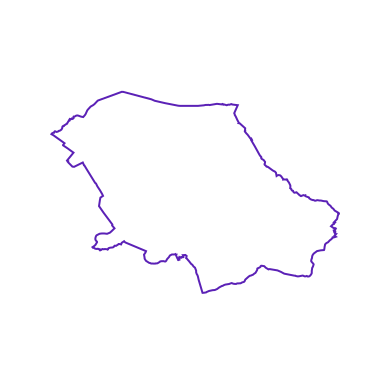 Albeni, Gorj, Romania (Equal Earth projection), rotated 14°
{"feature_id": "2599482B6385563312435", "entity_name": "Albeni", "entity_type": "district", "adm_level": 2, "iso_a3": "ROU", "parent_name": "Romania", "parent_adm1": "Gorj", "projection": "equal_earth", "projection_center": [23.622, 45.016], "detail": "fine", "context": "isolated", "style": "outline", "palette": "violet", "viewbox_px": 384, "rotation_deg": 14, "n_neighbors": 0, "source": "geoboundaries", "source_scale": "gbopen_adm2", "svg_char_len": 5993}
<svg xmlns="http://www.w3.org/2000/svg" viewBox="0 0 384 384"><g transform="rotate(14 192 192)"><path d="M325.8,245.7L326.5,245.1L327.3,243.7L327.8,242.1L327.6,240.7L327.3,239.7L327.0,236.6L327.4,235.0L327.5,233.4L327.5,232.7L327.1,232.3L324.8,230.7L324.3,230.1L324.2,228.4L324.4,227.0L324.2,225.7L324.2,224.5L324.4,223.8L325.0,222.3L327.6,219.1L330.9,217.5L334.1,216.4L334.2,216.0L334.2,215.4L333.9,212.7L333.9,211.7L333.8,210.9L333.9,210.4L334.8,209.0L336.1,207.9L337.5,205.4L338.3,204.5L339.2,203.1L339.4,202.0L340.1,202.0L340.3,201.7L340.6,201.7L341.2,201.4L342.4,200.6L340.9,200.0L341.1,199.7L341.1,199.2L341.5,198.8L341.9,198.0L341.2,198.1L341.1,197.8L340.5,197.3L340.9,197.0L340.8,196.7L339.6,196.2L339.5,195.9L339.1,195.5L339.0,195.3L339.6,195.2L339.2,194.9L339.8,194.5L339.4,193.6L340.2,193.5L340.2,193.4L340.1,193.1L340.3,192.6L340.0,192.5L339.6,192.8L339.3,192.6L339.1,192.9L338.9,193.0L335.2,191.6L336.7,189.1L337.4,188.8L337.4,188.4L338.1,187.1L337.1,187.0L339.3,183.1L339.2,179.9L339.4,178.2L339.1,177.7L339.8,177.4L339.7,177.1L338.9,176.7L334.9,175.5L333.2,174.1L331.3,173.3L329.7,171.9L327.8,171.1L326.8,170.5L326.3,170.0L325.7,169.1L325.2,168.6L324.9,168.5L322.1,169.0L319.1,169.1L317.8,169.4L315.6,169.6L315.3,169.7L314.1,170.5L313.3,170.7L311.9,170.4L311.3,170.6L309.4,170.5L308.6,170.2L307.3,169.8L306.9,169.1L306.4,168.9L305.5,168.9L303.2,168.6L302.8,168.2L302.7,167.8L302.0,168.2L300.8,168.1L298.8,169.6L298.5,169.6L298.1,169.2L297.2,169.2L296.2,168.5L293.9,167.3L293.5,167.0L291.7,167.9L291.3,167.9L290.2,167.2L289.7,166.4L288.8,166.4L287.8,165.6L287.6,165.1L286.3,164.5L286.3,163.6L285.8,161.8L283.8,159.4L281.6,157.6L281.5,157.1L281.2,156.8L280.8,156.8L279.8,157.3L278.4,157.5L277.4,157.9L277.2,157.2L275.8,156.2L275.2,155.5L273.9,154.7L273.2,154.5L271.6,154.7L270.8,155.3L270.2,156.0L268.8,153.0L267.7,152.2L265.2,151.6L260.1,149.5L259.1,149.2L258.8,149.4L258.1,149.3L257.7,149.0L257.2,148.6L256.3,148.2L255.9,147.9L255.6,147.4L255.8,146.2L255.6,145.1L253.7,143.6L251.9,143.1L251.2,142.7L250.8,142.0L250.9,141.5L250.3,140.9L249.6,140.6L248.5,139.6L241.9,132.5L237.1,127.6L237.7,127.1L237.2,126.5L236.4,125.7L235.9,126.1L231.9,122.8L230.7,122.1L228.6,120.5L228.5,120.1L228.8,119.7L228.5,119.4L228.2,117.3L221.6,113.8L220.6,113.9L220.7,113.6L220.6,113.4L218.6,111.2L216.2,108.2L214.8,106.8L214.7,106.3L213.9,105.3L215.4,96.7L209.7,97.4L209.4,97.2L208.8,97.2L207.4,98.2L206.0,98.5L204.7,99.4L202.4,99.3L201.6,99.6L201.4,99.3L200.9,99.3L200.6,99.4L200.3,99.2L199.8,99.5L199.8,99.8L194.9,100.4L188.0,103.4L187.2,103.4L184.0,104.3L182.6,105.0L176.9,107.0L159.6,111.3L157.8,111.6L144.5,112.3L133.8,112.5L130.2,111.9L100.9,111.5L99.6,111.8L79.2,125.6L78.4,126.2L76.1,130.3L75.0,131.7L73.1,133.5L72.5,134.5L70.9,137.5L70.6,138.3L69.9,142.2L69.4,143.5L68.3,145.6L66.1,145.7L63.2,145.4L62.0,145.5L60.8,146.2L60.3,146.8L59.4,147.5L58.9,147.5L58.8,148.0L59.2,148.8L58.7,149.2L58.8,149.6L58.2,150.1L57.6,149.9L57.5,150.3L56.9,150.6L56.3,151.4L56.2,151.2L56.0,150.6L55.8,150.6L55.3,152.1L55.6,152.6L55.1,152.9L54.7,154.1L54.6,154.7L54.3,155.2L54.3,155.7L54.3,155.9L53.7,156.3L53.2,157.0L51.7,158.5L51.7,159.0L50.7,159.4L50.6,159.6L50.8,159.8L50.5,160.5L50.6,161.8L50.1,163.2L49.8,163.5L48.8,164.6L48.0,164.9L47.4,165.7L46.6,166.2L46.0,166.5L45.3,166.4L44.6,166.2L44.2,166.3L43.9,166.8L43.8,167.9L43.0,168.1L41.8,169.2L41.6,169.9L43.6,170.4L56.5,175.5L55.5,177.7L55.6,177.9L60.3,179.6L67.5,182.5L63.2,191.6L64.3,192.0L64.0,192.6L64.6,192.9L64.7,193.2L69.8,196.3L71.5,196.1L78.9,189.8L79.3,190.3L80.5,191.9L80.7,192.2L81.1,192.2L84.0,195.1L95.8,206.6L96.8,207.0L98.8,209.4L102.3,212.6L105.3,215.7L106.6,217.3L104.5,219.6L104.6,222.1L105.2,228.2L111.1,233.4L122.6,242.8L122.6,243.8L125.6,246.0L123.5,249.4L122.2,251.3L119.7,253.1L116.6,253.5L114.1,254.2L112.4,254.9L109.9,257.1L109.5,258.2L109.4,259.7L109.6,261.1L110.3,262.2L111.8,263.2L112.0,263.7L111.1,266.7L110.0,268.3L108.8,269.6L109.5,270.1L110.5,269.9L111.6,270.4L112.9,270.4L114.1,270.0L114.4,269.8L114.8,270.0L115.4,269.9L116.5,269.9L116.4,270.6L116.5,270.7L116.9,270.9L118.1,270.0L118.4,269.4L118.9,269.0L120.3,268.9L121.3,268.4L123.6,268.1L124.1,268.3L124.4,267.9L124.4,267.1L124.8,266.6L125.9,265.9L128.6,264.9L129.4,264.1L129.6,263.4L129.9,262.9L130.2,262.7L131.2,262.7L132.7,261.2L133.4,260.2L134.6,260.0L135.9,260.0L136.1,258.3L138.0,256.2L138.5,256.6L139.6,257.1L161.7,260.5L161.5,262.0L160.6,264.4L161.7,266.8L162.2,268.2L164.0,269.9L167.5,271.1L168.9,271.1L169.5,271.3L173.2,270.5L173.8,270.3L174.0,270.1L175.4,269.7L176.1,269.2L176.6,268.6L177.4,267.9L177.9,267.1L178.9,266.6L181.0,266.0L182.5,266.0L183.1,265.8L183.7,264.8L183.8,264.1L184.1,263.1L185.4,260.7L185.9,259.0L187.6,257.5L190.0,256.9L191.0,256.2L191.5,256.9L191.8,256.8L191.7,257.1L193.5,259.5L194.6,260.7L194.9,261.3L195.1,261.4L196.2,260.7L195.4,259.1L195.3,258.7L195.4,258.2L195.9,258.4L196.3,258.2L197.1,258.5L197.5,258.4L197.5,257.6L198.8,257.5L199.4,257.3L199.5,257.1L199.1,256.3L198.4,255.5L200.8,254.7L202.3,255.4L202.3,257.1L202.4,257.6L202.7,257.6L204.9,259.2L205.8,259.8L208.6,262.0L209.9,262.5L211.5,263.9L213.2,264.7L215.1,267.4L215.4,268.8L216.3,270.3L217.5,271.5L218.3,272.8L219.7,275.6L226.6,287.3L227.9,286.9L230.0,286.0L230.5,285.4L232.5,283.9L235.7,282.3L237.8,281.6L239.8,280.1L241.5,278.0L243.8,275.9L244.4,275.7L245.4,274.7L246.7,273.8L250.2,272.3L252.4,270.8L252.9,270.8L254.3,271.0L256.1,270.8L257.1,270.5L257.9,269.8L258.6,269.6L261.0,268.9L261.6,268.5L262.5,267.6L264.1,266.7L264.6,265.9L264.9,264.1L267.5,260.3L268.4,259.3L269.3,258.9L269.9,258.4L271.2,257.5L272.1,256.2L273.1,255.2L273.4,254.3L274.0,252.2L274.1,251.5L273.9,250.6L274.0,250.3L275.6,249.1L276.2,248.5L276.5,248.1L276.6,247.3L276.9,246.9L277.4,246.7L280.1,246.5L281.8,247.6L284.9,248.6L285.4,248.2L286.1,248.0L293.9,247.4L297.7,248.0L301.1,248.9L301.9,248.9L311.6,248.4L312.3,248.2L313.2,248.4L315.0,248.3L316.0,248.0L319.4,246.4L319.9,246.3L321.7,246.6L322.8,246.3L323.7,245.7L324.7,246.0L325.8,245.7Z" fill="none" stroke="#5b21b6" stroke-width="2"/></g></svg>